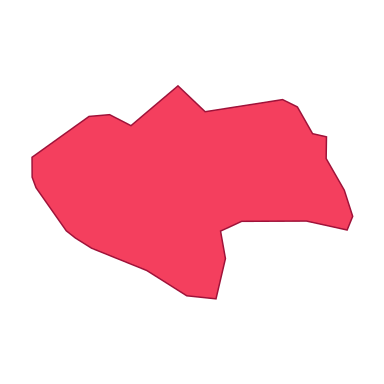 map outline of Pamplemousses (Mercator projection), rotated 274°
{"feature_id": "MUS-5187", "entity_name": "Pamplemousses", "entity_type": "District", "adm_level": 1, "iso_a3": "MUS", "parent_name": "Mauritius", "parent_adm1": "", "projection": "mercator", "projection_center": [57.563, -20.102], "detail": "fine", "context": "isolated", "style": "filled", "palette": "rose", "viewbox_px": 384, "rotation_deg": 274, "n_neighbors": 0, "source": "natural_earth", "source_scale": "10m", "svg_char_len": 496}
<svg xmlns="http://www.w3.org/2000/svg" viewBox="0 0 384 384"><g transform="rotate(274 192 192)"><path d="M87.1,223.4L88.1,194.0L110.5,152.4L128.9,95.8L138.0,78.8L144.5,69.3L185.4,36.1L195.6,31.5L215.5,30.0L260.2,84.0L263.4,104.4L253.9,126.5L296.9,170.6L273.0,199.5L290.5,275.9L284.2,291.2L258.6,308.2L256.4,322.3L234.7,323.5L204.4,343.8L178.9,354.0L164.9,349.4L171.0,308.2L166.2,243.6L155.0,223.2L127.9,230.0L95.2,224.7L87.1,223.4Z" fill="#f43f5e" stroke="#9f1239" stroke-width="1.5"/></g></svg>